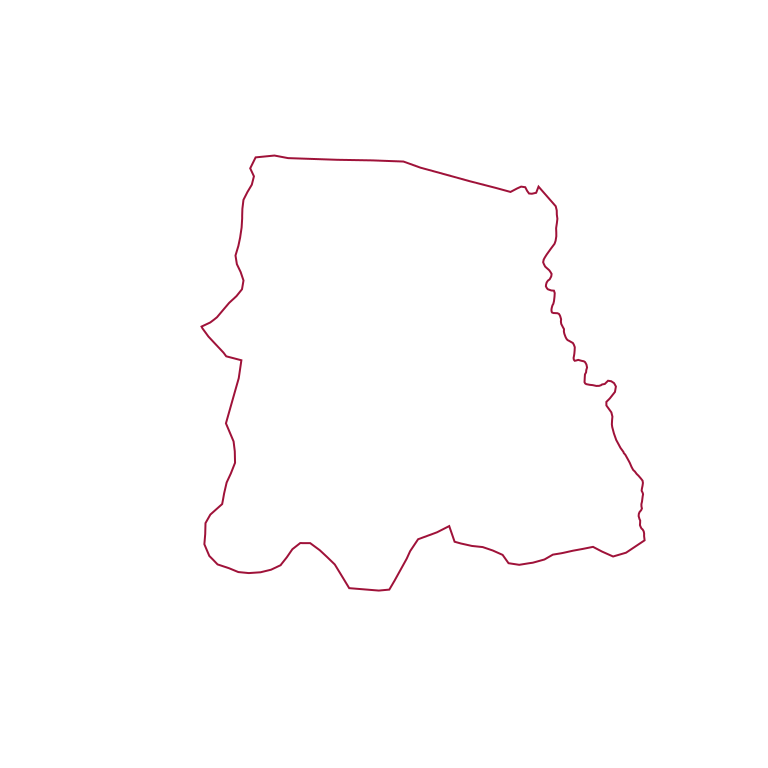 outline of Bani Al Awam, Hajjah, Yemen, rotated 243°
{"feature_id": "15242507B30221832933741", "entity_name": "Bani Al Awam", "entity_type": "district", "adm_level": 2, "iso_a3": "YEM", "parent_name": "Yemen", "parent_adm1": "Hajjah", "projection": "albers", "projection_center": [43.596, 15.581], "detail": "fine", "context": "isolated", "style": "outline", "palette": "rose", "viewbox_px": 768, "rotation_deg": 243, "n_neighbors": 0, "source": "geoboundaries", "source_scale": "gbopen_adm2", "svg_char_len": 3634}
<svg xmlns="http://www.w3.org/2000/svg" viewBox="0 0 768 768"><g transform="rotate(243 384 384)"><path d="M217.9,260.3L202.3,285.6L198.4,295.4L204.1,304.3L218.1,325.0L223.2,331.4L230.2,343.9L228.1,361.3L227.8,364.0L227.8,377.6L211.4,375.3L206.8,380.3L206.5,380.7L199.8,388.8L193.9,397.9L186.3,405.3L177.9,412.1L167.8,413.6L161.5,422.4L158.5,431.7L157.2,435.5L154.8,447.3L155.3,457.0L152.8,464.8L152.2,466.9L149.7,476.6L146.8,486.3L144.0,496.3L135.7,502.2L126.3,509.8L123.8,523.1L126.4,545.2L128.2,545.9L130.4,546.7L132.7,547.9L134.8,548.5L136.9,548.4L138.4,547.8L140.2,547.8L142.1,548.0L143.9,549.1L146.1,550.3L147.6,550.3L148.5,550.5L150.7,550.9L152.6,552.1L153.9,553.6L154.8,555.8L156.0,557.3L158.0,557.8L160.1,558.8L162.1,560.5L164.6,562.2L166.5,563.5L168.2,564.8L169.8,565.1L171.9,565.1L173.3,566.0L175.9,568.1L178.3,569.8L180.3,570.4L180.5,570.5L183.1,570.0L186.8,569.1L189.1,568.3L192.1,567.8L194.3,567.0L197.4,566.9L199.2,567.0L202.2,567.2L206.1,567.1L211.5,566.9L213.6,566.3L214.7,566.5L219.8,565.7L225.0,565.6L228.8,565.5L229.4,565.6L235.5,566.4L242.0,567.8L244.6,568.7L248.4,570.9L251.2,572.7L255.5,573.7L263.9,572.4L267.1,574.0L268.6,578.6L272.1,586.2L276.5,589.5L280.3,589.4L283.3,587.7L285.2,585.1L283.8,580.7L284.6,578.1L284.4,576.8L284.7,574.8L285.9,572.3L288.2,569.5L289.9,566.9L292.1,564.1L292.4,564.0L293.2,563.5L294.6,563.5L296.5,564.6L298.6,565.8L301.3,567.4L302.7,569.4L304.5,570.5L306.5,572.4L309.4,573.2L309.8,573.2L312.2,573.1L313.6,572.3L314.1,571.6L315.2,570.3L317.3,568.0L317.7,565.9L318.1,564.5L319.4,564.2L321.1,564.7L322.6,565.9L324.5,567.3L327.2,569.0L330.2,570.7L332.9,571.0L334.8,570.9L336.6,569.7L336.9,569.5L338.3,568.6L339.8,567.5L341.5,567.1L343.5,567.1L346.9,567.5L349.1,568.1L351.2,569.3L353.4,569.2L355.2,569.2L357.1,569.2L359.4,570.0L361.3,571.2L364.6,571.8L366.2,571.8L367.0,571.7L368.3,570.7L369.4,568.8L370.3,567.2L371.4,566.2L372.3,566.2L373.5,566.6L374.6,567.2L376.0,568.3L377.6,569.8L378.6,571.3L380.7,573.1L384.3,575.5L387.5,577.4L390.0,577.8L390.2,577.5L391.4,575.5L393.7,573.3L394.2,572.9L395.8,572.6L397.6,572.6L399.1,573.6L399.6,574.1L400.6,575.0L401.7,577.0L402.0,578.9L402.1,579.2L403.9,581.8L404.7,582.4L406.0,583.3L407.9,583.2L410.2,582.9L410.8,582.7L413.3,581.7L415.5,580.9L418.3,580.9L420.3,581.1L422.2,582.7L422.3,582.7L423.7,584.7L425.6,587.9L426.1,588.9L428.6,593.7L431.5,599.6L433.7,601.9L437.4,604.6L440.8,606.3L444.7,608.1L448.9,611.1L452.5,613.5L456.5,614.9L460.2,616.7L464.4,617.7L489.7,611.3L485.3,606.4L486.1,603.2L486.4,602.1L487.9,599.7L491.2,599.2L491.3,599.2L495.2,599.2L497.6,595.8L497.8,591.5L497.7,583.9L507.9,572.7L525.9,552.3L538.8,538.2L560.2,514.7L573.4,502.3L580.3,489.9L588.5,475.2L604.9,444.3L628.8,401.1L637.3,390.1L644.2,372.5L636.9,362.7L628.1,362.4L621.6,356.7L617.0,349.4L611.9,342.4L604.3,337.3L598.1,333.9L596.1,332.9L588.1,328.2L580.8,323.0L579.8,322.3L573.1,316.9L572.7,316.5L565.9,310.0L557.5,307.3L556.7,307.3L548.8,307.1L540.0,305.8L532.9,300.5L529.3,292.5L526.6,282.9L523.1,274.5L522.5,273.1L519.3,265.5L518.4,261.1L517.7,257.1L518.0,247.5L515.9,247.5L506.0,249.1L495.2,252.2L484.9,255.2L480.3,256.0L469.9,267.7L465.8,264.8L455.1,257.2L443.9,246.8L420.7,225.3L401.1,223.9L391.8,220.5L381.4,215.5L373.8,206.9L367.7,199.1L366.4,198.0L359.0,191.8L354.5,188.4L350.5,185.3L346.5,170.0L341.1,161.8L331.5,156.6L322.8,151.2L316.1,150.7L310.1,150.3L305.1,151.9L298.8,153.8L290.2,162.3L282.6,168.8L276.9,177.7L272.3,188.5L269.8,199.1L269.5,209.7L270.0,210.6L273.7,218.7L277.5,225.7L278.4,227.4L280.3,237.1L275.7,246.0L265.1,251.3L261.0,252.8L255.5,254.8L245.6,258.2L235.6,259.0L217.9,260.3Z" fill="none" stroke="#9f1239" stroke-width="2"/></g></svg>